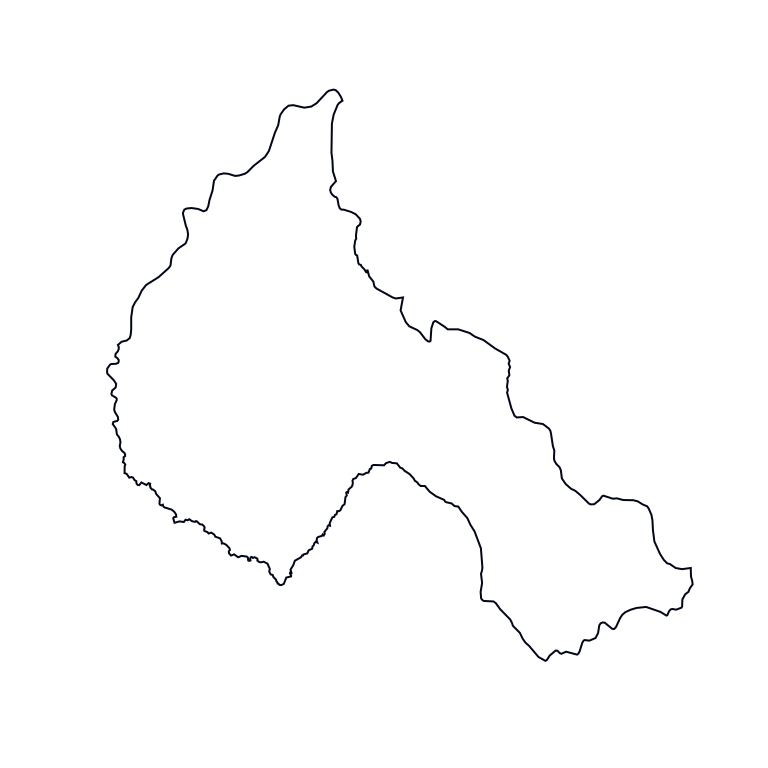 Doi Lo, Chiang Mai, Thailand (Equal Earth projection), rotated 171°
{"feature_id": "78962969B26500920183466", "entity_name": "Doi Lo", "entity_type": "district", "adm_level": 2, "iso_a3": "THA", "parent_name": "Thailand", "parent_adm1": "Chiang Mai", "projection": "equal_earth", "projection_center": [98.774, 18.527], "detail": "fine", "context": "isolated", "style": "outline", "palette": "ink", "viewbox_px": 768, "rotation_deg": 171, "n_neighbors": 0, "source": "geoboundaries", "source_scale": "gbopen_adm2", "svg_char_len": 6138}
<svg xmlns="http://www.w3.org/2000/svg" viewBox="0 0 768 768"><g transform="rotate(171 384 384)"><path d="M380.7,670.3L381.7,674.5L383.6,679.0L385.9,681.9L388.0,682.7L392.3,682.3L394.6,681.3L406.6,671.9L412.4,669.4L419.5,669.4L430.0,673.6L434.8,673.8L439.7,670.9L443.6,666.9L445.0,664.8L448.0,656.2L452.4,649.3L461.2,632.2L466.0,626.9L478.6,619.9L485.8,614.6L488.7,613.4L494.6,612.6L498.5,612.8L505.0,616.0L509.4,617.1L514.2,616.7L515.8,615.9L520.1,611.4L523.1,601.9L527.5,593.2L529.8,587.0L532.2,583.5L535.2,582.8L540.1,585.9L546.5,587.9L551.4,588.2L553.9,587.5L555.8,584.5L555.9,582.9L555.0,571.6L554.1,567.1L554.1,562.4L555.3,558.4L557.3,554.9L558.3,553.7L565.7,550.2L572.5,544.6L574.3,541.5L576.4,534.3L578.5,532.2L589.8,524.9L603.5,519.0L608.7,514.1L613.2,507.4L617.0,503.7L620.2,499.3L623.3,489.2L625.1,477.7L626.5,472.2L628.0,469.1L631.3,467.2L636.6,466.8L640.7,464.2L640.2,462.1L640.5,460.1L641.7,458.0L644.3,455.8L645.0,453.9L645.0,452.9L643.2,451.1L642.3,449.3L642.5,447.7L643.4,446.3L645.7,445.9L650.3,446.4L651.5,446.0L654.9,442.6L655.7,438.9L655.5,437.3L650.3,430.0L648.5,426.0L649.6,422.5L653.5,420.1L654.8,416.8L654.5,415.4L650.8,412.3L650.3,411.2L650.5,410.0L653.0,406.1L654.5,401.0L654.2,398.5L652.0,393.1L652.1,390.3L653.2,389.3L657.2,388.9L658.2,386.9L656.0,382.5L655.6,381.0L655.7,376.0L654.2,373.4L653.4,370.6L653.4,367.7L654.7,364.1L654.5,361.6L653.3,359.0L651.1,356.4L650.7,354.8L651.0,353.3L652.6,352.5L652.9,350.3L654.1,347.5L653.0,346.8L652.1,344.9L653.0,343.4L654.2,336.5L652.3,335.6L650.2,331.3L648.2,331.7L646.5,330.8L645.5,328.2L643.9,326.9L644.0,324.3L643.2,322.9L641.6,322.4L639.0,324.7L634.5,321.4L632.1,322.9L630.6,322.1L631.3,320.5L630.8,319.7L631.0,318.3L629.6,316.1L628.8,316.0L626.8,314.0L626.1,310.8L623.2,306.3L624.5,300.9L624.2,299.9L622.9,298.9L621.3,299.4L621.1,297.7L620.2,296.5L613.5,293.2L611.2,290.7L609.8,287.7L609.9,285.4L612.3,285.3L613.2,284.4L612.6,279.7L607.5,280.3L603.3,279.0L601.2,281.0L599.2,280.1L597.5,280.9L594.9,278.4L592.1,277.4L591.2,278.0L590.4,277.7L587.9,274.4L585.4,273.5L584.1,271.8L583.6,270.1L584.4,268.6L584.4,267.0L581.5,265.3L580.7,263.8L577.8,264.2L575.2,261.8L574.5,259.6L570.1,257.2L569.0,254.5L569.1,251.8L567.5,251.7L565.0,249.9L562.4,246.1L562.1,244.3L563.5,243.0L563.5,240.9L561.9,238.5L558.7,239.2L555.2,235.7L551.6,236.5L546.7,235.1L545.6,233.9L545.7,230.9L544.5,230.3L543.5,230.6L543.7,231.8L542.9,233.6L541.7,233.9L540.7,232.7L539.0,233.2L536.6,231.5L536.3,230.9L536.7,229.4L535.1,227.7L533.5,227.1L530.6,227.3L527.2,224.8L525.7,219.2L526.7,216.8L526.1,214.6L525.6,213.6L523.9,212.9L523.3,210.4L521.2,207.5L521.2,206.0L520.5,205.2L520.3,203.6L519.5,203.4L518.8,202.0L516.9,201.4L514.2,202.3L510.8,208.1L505.9,208.5L505.7,209.4L506.5,211.7L506.2,212.4L505.0,211.9L505.3,215.4L502.0,219.2L499.7,223.4L493.0,225.9L491.8,227.4L490.8,227.3L490.3,228.2L486.3,228.7L484.3,231.6L480.7,232.5L480.1,234.6L478.7,235.6L477.7,237.6L476.2,238.9L474.6,237.8L475.0,240.1L474.2,242.4L472.9,243.2L469.1,243.7L468.1,245.0L467.2,243.8L465.9,245.4L466.1,247.1L462.5,250.4L461.9,252.4L460.7,253.2L459.5,252.5L459.4,255.1L455.8,260.4L454.0,260.5L452.9,262.3L451.3,262.8L450.0,265.8L448.5,265.4L446.9,266.1L444.1,270.1L441.7,271.5L439.8,278.2L438.2,279.7L438.3,282.7L437.5,283.1L436.5,282.4L435.5,285.4L432.2,287.4L431.1,288.8L430.3,291.0L430.2,293.5L429.2,295.0L426.4,295.5L423.1,299.1L419.0,297.7L415.2,299.0L413.2,298.9L411.2,302.3L409.8,302.5L408.9,305.0L407.1,305.7L396.7,303.7L394.5,305.5L390.5,306.2L388.4,304.8L383.7,303.6L381.1,298.9L379.0,297.7L377.2,295.0L372.8,291.0L369.5,286.1L368.7,283.7L366.5,281.6L365.5,279.5L363.7,277.5L359.6,276.9L355.8,270.5L350.1,264.9L342.8,260.2L341.8,258.1L341.0,257.5L336.0,255.5L333.4,252.4L329.8,251.3L327.2,245.7L322.7,238.6L320.6,231.2L317.6,224.2L314.0,206.6L315.5,187.5L316.1,185.1L317.9,181.2L318.2,172.2L321.1,163.5L321.6,157.0L320.5,155.0L319.3,154.1L309.9,152.1L307.8,150.0L304.5,143.4L296.2,131.7L295.0,128.1L294.5,125.0L288.7,116.9L286.9,110.8L284.7,106.3L281.7,102.7L274.1,90.2L267.9,85.3L266.2,86.0L262.9,89.8L256.1,93.9L254.4,93.4L252.5,90.7L251.0,89.8L246.0,91.1L235.6,86.5L234.4,87.1L232.7,89.2L228.5,97.6L226.9,99.4L225.8,99.7L221.3,98.4L214.8,100.0L211.5,104.6L209.1,112.0L207.5,113.7L205.4,114.3L203.3,113.7L196.9,106.5L195.1,106.0L193.0,107.5L187.3,116.0L184.7,118.8L181.3,120.9L175.6,122.5L169.5,123.3L160.0,122.8L146.5,115.6L141.3,111.1L140.4,111.3L137.9,115.1L136.2,116.5L134.4,116.7L130.7,115.4L125.0,116.6L124.3,117.8L123.1,124.2L122.1,125.7L119.4,129.2L115.8,131.1L114.0,134.2L110.5,137.8L110.4,141.1L110.9,146.0L109.8,154.3L118.5,154.5L124.7,156.6L129.7,161.4L132.4,162.6L135.2,166.6L138.0,173.1L141.6,186.2L141.2,197.8L140.2,207.3L140.3,212.7L142.0,219.4L143.2,222.0L147.4,224.6L151.6,228.3L155.9,230.2L165.9,232.0L171.8,234.6L175.9,234.9L184.8,239.4L186.1,239.0L189.5,235.6L195.2,232.4L198.5,232.7L200.2,233.7L207.4,243.5L211.8,248.6L215.7,251.3L220.2,256.8L223.1,262.9L222.8,270.9L223.6,274.3L226.2,277.9L227.6,281.2L227.8,283.6L226.2,291.7L226.9,296.3L226.8,308.9L227.0,311.8L228.1,314.2L233.3,319.6L241.3,322.2L251.8,329.6L258.1,330.2L260.1,332.3L262.0,340.0L263.8,356.2L262.6,358.7L263.0,362.0L261.3,367.5L261.4,370.3L258.8,373.0L258.7,377.7L256.8,381.0L257.7,384.6L256.3,387.3L257.4,391.3L258.6,393.6L268.7,401.7L278.9,411.9L286.9,416.6L291.5,421.0L302.2,426.4L312.5,428.0L315.0,430.9L322.9,438.0L324.0,438.2L325.6,437.3L328.5,431.6L331.3,419.3L332.2,418.8L333.8,419.2L336.2,421.8L340.4,429.6L342.7,432.1L350.0,437.0L352.8,441.7L356.1,454.1L351.7,466.5L358.9,466.6L361.9,468.1L376.4,479.4L378.2,481.8L378.5,486.8L381.8,492.6L382.4,498.7L383.0,498.8L383.7,497.1L384.3,497.5L385.3,500.1L387.8,503.6L388.2,505.2L389.8,506.0L390.4,507.3L390.4,515.1L391.6,515.9L392.1,517.2L391.9,524.2L390.0,530.2L388.7,531.9L388.5,534.9L386.3,542.5L385.9,543.5L382.8,545.2L381.6,548.2L381.9,550.9L385.4,556.1L389.6,559.1L396.5,562.5L398.8,562.9L400.2,564.5L400.9,567.8L401.0,574.1L401.9,576.0L403.5,576.7L405.6,579.3L406.6,581.6L406.8,584.1L405.6,587.0L399.7,591.9L401.2,601.9L400.0,612.5L399.7,620.7L394.7,649.4L391.6,657.9L386.1,667.0L384.4,668.5L380.7,670.3Z" fill="none" stroke="#020617" stroke-width="2"/></g></svg>